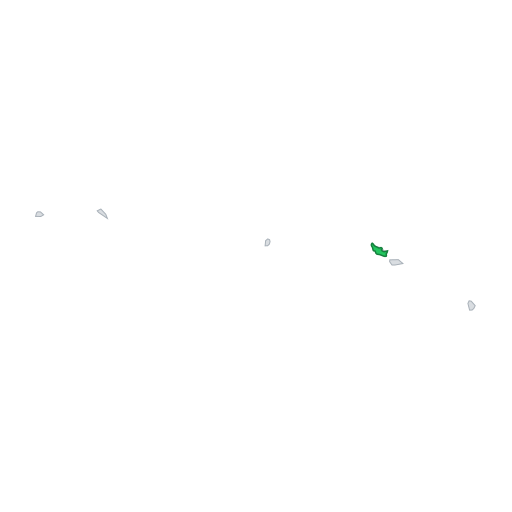 Saipan highlighted on a map of Northern Mariana Islands, rotated 277°
{"feature_id": "MNP-4939", "entity_name": "Saipan", "entity_type": "state/province", "adm_level": 1, "iso_a3": "MNP", "parent_name": "Northern Mariana Islands", "parent_adm1": "", "projection": "natural_earth1", "projection_center": [145.747, 15.184], "detail": "fine", "context": "in_parent", "style": "filled", "palette": "green", "viewbox_px": 512, "rotation_deg": 277, "n_neighbors": 0, "source": "natural_earth", "source_scale": "10m", "svg_char_len": 1248}
<svg xmlns="http://www.w3.org/2000/svg" viewBox="0 0 512 512"><g transform="rotate(277 256 256)"><path d="M277.0,382.3L276.8,384.8L272.6,384.2L271.5,383.1L273.9,374.5L279.8,370.6L282.7,369.7L280.0,373.8L279.5,378.4L277.0,382.3ZM269.7,397.8L266.4,402.7L264.0,395.1L263.6,392.1L266.7,389.3L268.5,389.3L269.7,397.8ZM237.4,475.1L233.4,479.6L230.5,478.6L228.7,477.1L228.3,474.6L234.8,472.1L237.5,473.0L237.4,475.1ZM279.1,101.8L275.2,103.9L280.0,94.5L281.5,92.9L283.7,96.3L279.1,101.8ZM273.5,36.7L271.0,40.2L269.0,37.6L268.4,32.4L272.0,32.9L273.3,34.0L273.5,36.7ZM273.8,267.5L272.0,268.2L269.4,267.8L267.6,266.3L267.2,263.8L272.4,263.7L274.4,265.6L273.8,267.5Z" fill="#d9dde1" stroke="#a8b0b8" stroke-width="1"/><path d="M279.9,369.6L281.0,369.1L282.2,369.3L282.8,370.0L281.9,371.2L280.9,371.9L280.3,372.9L278.9,377.0L279.0,377.8L279.6,379.0L279.3,379.9L278.8,380.3L278.1,380.2L277.4,379.7L276.4,380.7L275.9,382.0L276.0,383.3L276.6,384.6L277.1,385.9L275.9,385.8L274.5,385.3L274.1,385.0L272.3,385.4L271.6,385.2L271.3,383.9L271.5,382.5L272.4,379.0L272.5,377.6L272.5,376.6L272.6,375.7L273.3,374.8L273.7,374.5L275.2,373.8L275.5,373.3L275.5,372.2L275.7,371.8L276.7,371.3L278.8,370.5L279.9,369.6Z" fill="#22c55e" stroke="#15803d" stroke-width="1.5"/></g></svg>